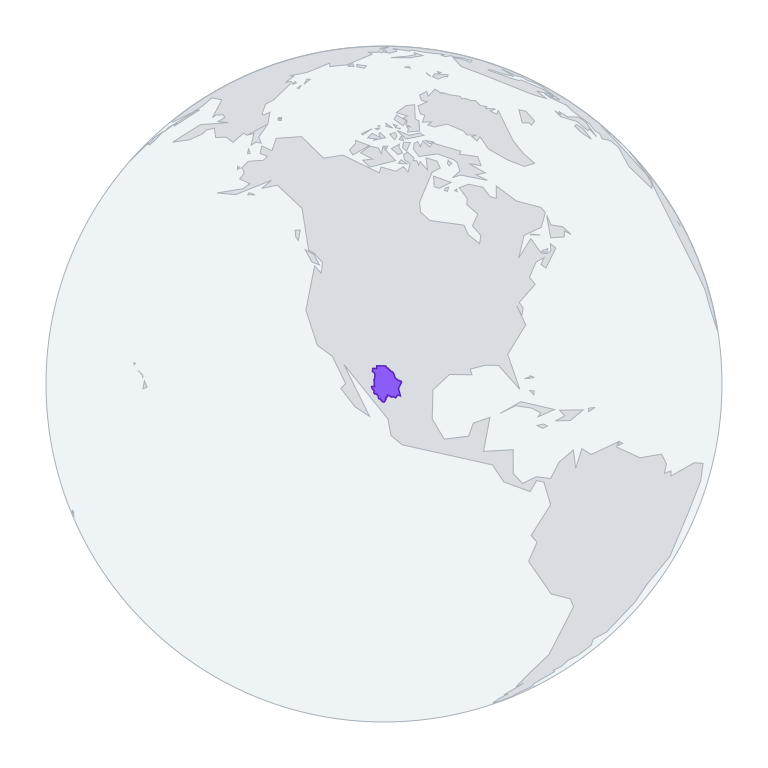 globe centered on Chihuahua
{"feature_id": "MEX-2709", "entity_name": "Chihuahua", "entity_type": "State", "adm_level": 1, "iso_a3": "MEX", "parent_name": "Mexico", "parent_adm1": "", "projection": "orthographic", "projection_center": [-106.749, 28.699], "detail": "fine", "context": "on_globe", "style": "filled", "palette": "violet", "viewbox_px": 768, "rotation_deg": 0, "n_neighbors": 0, "source": "natural_earth", "source_scale": "10m", "svg_char_len": 12729}
<svg xmlns="http://www.w3.org/2000/svg" viewBox="0 0 768 768"><circle cx="384" cy="384" r="338" fill="#eef3f6" stroke="#a8b0b8"/><path d="M73.1,511.0L73.9,513.2L73.8,513.3L73.1,511.0ZM543.9,482.1L536.5,480.6L530.2,491.6L503.8,482.0L492.5,464.9L402.2,444.8L391.0,435.4L387.9,418.9L343.9,364.4L369.5,416.3L354.9,406.7L340.8,388.3L345.7,383.6L332.2,356.1L317.3,345.3L305.9,310.1L314.6,266.0L321.2,273.2L322.6,262.6L314.3,253.4L308.6,250.1L302.1,208.4L277.5,185.2L261.6,188.4L271.5,180.3L235.7,194.6L217.1,193.0L243.2,188.6L249.8,183.7L239.7,178.9L244.3,173.0L242.0,167.6L248.4,161.3L263.1,160.3L267.5,156.4L260.1,153.5L261.8,146.0L272.0,150.7L276.1,138.4L301.5,136.6L323.6,158.2L342.8,155.1L379.2,172.8L381.0,167.0L395.9,171.3L403.5,166.6L408.0,172.1L410.2,163.7L404.5,159.7L403.6,154.9L407.5,152.0L414.1,158.2L413.0,160.5L417.0,160.9L418.6,165.4L420.1,161.6L427.5,170.1L426.1,157.7L437.0,161.2L440.3,168.0L432.1,172.3L419.6,202.1L420.4,211.9L429.8,220.5L464.0,225.2L468.2,234.6L479.6,243.7L480.9,235.6L472.5,225.9L477.8,214.1L466.8,204.5L467.3,198.7L459.2,187.7L468.9,184.2L482.8,187.2L490.0,196.5L496.3,198.4L496.3,186.0L516.3,200.9L541.0,207.5L545.3,212.5L541.3,227.3L524.0,235.3L518.7,258.1L530.8,238.6L541.2,253.0L546.6,253.8L551.0,250.8L550.4,243.7L555.8,248.1L545.9,268.0L540.9,264.3L544.1,257.7L536.0,262.1L529.4,277.3L535.2,284.2L519.2,302.5L523.1,308.1L521.8,315.7L516.6,305.4L525.7,324.8L507.7,354.4L519.8,389.3L498.6,365.5L485.4,365.2L470.2,369.1L472.0,374.8L449.5,374.5L432.9,389.9L432.2,419.0L444.2,439.2L468.6,436.2L473.4,423.1L489.9,417.3L483.5,451.4L513.1,449.7L513.2,473.6L522.6,483.5L536.2,476.8L550.6,478.5L559.0,462.3L573.3,450.0L575.7,468.4L581.9,448.6L591.1,454.5L618.2,441.9L616.7,447.1L639.9,457.8L661.5,454.1L666.5,463.9L664.3,473.5L671.0,470.9L671.0,476.0L694.1,462.8L703.0,463.4L700.7,480.9L689.4,510.0L669.9,556.4L647.0,584.3L635.0,602.0L606.5,632.1L593.5,638.9L590.9,645.5L578.4,654.9L568.2,660.1L561.1,666.6L553.3,670.2L554.7,671.5L534.4,683.3L531.3,686.8L514.5,694.8L512.8,696.1L509.2,697.5L503.5,699.7L500.5,701.0L493.0,702.8L499.4,698.3L508.4,693.9L503.8,694.9L523.7,683.1L516.0,686.8L531.3,671.3L548.9,654.7L573.5,606.8L570.3,598.9L551.1,593.9L528.6,561.3L537.1,542.2L531.1,535.5L550.6,504.8L543.9,482.1ZM143.0,388.7L144.4,381.0L147.1,387.2L143.0,388.7ZM142.8,375.4L142.8,378.2L142.4,375.6L142.8,375.4ZM140.9,372.9L142.3,374.7L140.5,373.4L140.9,372.9ZM138.0,370.6L139.7,371.6L139.4,371.8L138.0,370.6ZM520.9,401.7L554.6,409.5L538.1,416.8L540.7,412.8L531.6,408.1L515.6,405.7L500.3,413.3L520.9,401.7ZM134.5,364.7L133.7,363.0L135.4,363.1L134.5,364.7ZM530.2,378.4L524.5,378.6L529.7,376.9L530.2,378.4ZM305.3,249.8L313.7,254.0L319.4,264.9L311.9,262.0L305.3,249.8ZM295.1,230.3L300.3,230.0L298.3,240.4L295.9,237.3L295.1,230.3ZM249.1,192.6L255.1,194.8L247.7,194.8L249.1,192.6ZM240.6,168.1L237.4,169.5L237.6,166.2L240.6,168.1ZM454.5,190.5L456.8,189.1L457.1,191.8L454.5,190.5ZM448.7,187.2L447.4,191.3L444.4,190.4L445.3,187.9L448.7,187.2ZM247.5,153.7L248.7,148.4L250.0,153.5L247.5,153.7ZM451.1,182.4L439.4,188.3L434.3,186.8L433.5,176.1L451.1,182.4ZM251.1,145.2L253.9,133.4L247.1,135.2L267.8,124.1L258.6,137.3L261.3,143.1L255.9,142.1L251.1,145.2ZM401.0,159.7L407.2,163.9L398.4,163.2L401.0,159.7ZM395.6,160.6L369.9,167.1L362.7,160.2L372.8,159.1L360.6,152.9L369.8,146.2L378.5,148.1L381.3,153.7L382.7,147.0L395.6,160.6ZM278.8,120.4L281.7,117.7L281.5,120.4L278.8,120.4ZM402.5,152.9L398.0,154.6L391.4,148.6L399.4,144.2L398.9,147.5L402.5,152.9ZM352.9,154.9L349.5,150.0L355.9,143.1L355.5,140.4L369.4,145.5L352.9,154.9ZM402.4,147.4L403.6,142.2L410.3,142.6L406.5,151.0L402.4,147.4ZM386.4,149.0L383.7,146.1L387.8,146.2L386.4,149.0ZM434.6,142.1L429.3,143.6L425.5,140.5L434.6,142.1ZM403.6,140.3L401.3,140.2L399.2,139.4L401.3,136.2L403.6,140.3ZM373.0,140.5L376.4,138.9L367.6,138.0L372.1,133.3L380.6,137.7L378.8,133.9L380.2,132.5L385.5,137.7L373.0,140.5ZM397.0,130.5L409.3,135.3L420.1,132.9L423.8,135.4L405.9,139.0L397.0,130.5ZM389.8,134.2L395.1,132.4L397.1,136.2L394.6,139.8L389.8,134.2ZM372.1,128.7L363.0,134.8L361.5,133.7L372.1,128.7ZM399.8,128.9L396.7,127.9L400.3,128.3L399.8,128.9ZM380.2,127.8L377.2,129.9L375.5,128.6L380.2,127.8ZM393.2,124.2L397.2,125.6L395.7,127.9L393.2,124.2ZM386.9,125.2L385.4,122.9L392.7,127.9L385.9,126.3L386.9,125.2ZM379.1,126.2L377.1,126.1L380.6,125.5L379.1,126.2ZM396.7,114.9L406.3,120.8L403.0,125.7L394.1,119.3L396.7,114.9ZM501.8,700.7L492.4,703.3L499.5,701.4L510.6,697.1L513.0,696.3L501.8,700.7ZM533.4,687.1L533.0,687.3L535.0,686.3L533.4,687.1ZM717.8,331.4L710.8,311.0L705.2,290.2L697.6,274.1L653.3,186.1L651.3,179.9L629.4,151.6L646.1,170.8L661.4,191.1L675.1,212.5L687.2,234.8L697.6,258.1L706.2,282.0L712.9,306.5L717.8,331.4ZM588.3,114.8L588.5,115.3L595.6,120.7L602.8,126.5L601.8,126.5L616.2,141.3L646.3,174.2L652.2,184.1L651.8,188.4L629.0,166.6L618.3,147.1L610.1,140.5L602.1,138.8L599.5,133.5L595.0,130.9L589.9,124.2L572.9,111.3L566.2,105.1L549.9,97.5L544.3,93.6L555.6,98.9L559.8,99.9L542.2,86.9L536.0,83.6L526.8,80.1L523.1,77.5L516.4,75.9L501.6,69.0L514.1,76.5L503.6,74.1L489.4,69.3L488.2,70.2L511.4,78.3L518.6,80.5L521.1,80.0L542.7,89.2L550.9,94.4L536.8,91.1L546.8,98.8L531.5,94.1L478.4,72.9L461.2,66.5L453.0,57.6L462.6,59.1L470.3,62.6L472.0,60.2L467.6,59.9L464.6,58.3L453.8,56.8L451.1,55.7L445.4,56.6L440.8,55.1L444.6,54.5L424.8,52.4L412.8,50.2L409.6,50.4L409.6,51.2L394.4,48.7L392.7,49.0L397.1,49.8L396.5,51.3L389.7,53.2L384.8,52.2L386.6,51.3L383.1,48.7L388.7,47.4L386.0,47.3L380.0,48.3L384.3,51.4L381.5,52.9L378.1,51.1L379.1,51.9L376.2,52.4L368.8,52.2L372.0,54.3L346.8,64.8L329.9,66.6L329.7,63.1L306.9,72.5L289.7,75.8L293.7,76.3L285.5,82.5L290.8,81.4L292.1,82.2L273.5,100.0L265.4,104.2L262.0,114.3L264.0,114.9L269.9,112.2L267.8,124.1L247.1,135.2L243.5,133.2L233.0,142.3L226.2,137.1L215.7,137.6L214.4,128.1L206.2,130.1L203.0,133.6L189.5,139.8L172.7,142.1L200.3,124.7L228.3,122.6L218.1,121.6L224.6,117.6L223.5,114.8L215.9,115.1L212.5,117.7L221.8,99.8L211.9,97.8L202.5,106.0L192.0,112.7L172.5,122.2L172.0,120.9L190.8,106.7L210.7,93.9L231.4,82.5L252.8,72.6L274.8,64.2L297.4,57.4L320.5,52.1L343.8,48.5L367.3,46.5L390.9,46.2L414.5,47.5L437.9,50.4L461.1,55.0L483.8,61.2L506.1,68.9L527.8,78.2L548.8,89.0L569.0,101.2L588.3,114.8ZM677.1,221.1L680.3,226.2L677.1,221.1ZM619.0,441.3L622.6,443.3L618.4,445.4L619.0,441.3ZM537.1,425.4L543.6,424.0L547.5,426.0L542.7,428.4L537.1,425.4ZM588.5,408.3L595.2,407.3L588.8,411.7L588.5,408.3ZM559.6,410.2L583.1,409.9L570.4,420.5L555.4,420.9L564.9,415.9L559.6,410.2ZM529.9,390.6L534.2,390.9L533.9,394.8L529.9,390.6ZM533.9,377.3L532.5,378.1L529.7,375.7L533.9,377.3ZM541.8,251.8L542.7,250.3L547.9,248.6L546.8,252.2L541.8,251.8ZM562.7,226.7L570.9,234.4L564.3,231.0L564.4,236.9L550.6,237.8L546.7,215.2L550.9,224.9L562.7,226.7ZM531.1,234.0L540.3,235.1L530.4,234.8L531.1,234.0ZM574.7,126.0L576.3,124.4L583.1,128.7L591.4,139.2L581.7,132.8L574.7,126.0ZM577.0,121.5L560.7,116.7L554.8,110.8L560.9,114.8L558.7,111.4L567.8,116.9L578.1,117.0L584.8,121.0L596.5,136.6L589.0,128.9L587.9,130.6L577.0,121.5ZM529.4,122.8L522.3,122.9L518.9,109.7L525.9,111.3L534.7,121.2L531.5,125.1L529.4,122.8ZM451.8,163.3L449.3,165.8L447.5,163.8L448.1,160.2L451.8,163.3ZM432.5,143.0L460.8,151.2L459.4,154.2L477.7,156.6L481.1,165.7L469.1,163.6L485.4,172.9L476.0,174.8L487.4,180.4L460.4,175.0L452.5,177.7L460.0,171.0L457.2,162.5L453.5,159.6L437.5,153.9L419.1,156.5L413.4,149.2L414.1,143.4L417.7,141.6L420.3,146.7L423.1,140.8L429.6,146.9L432.5,143.0ZM426.7,91.4L428.3,96.1L435.0,89.1L441.6,93.5L441.9,92.5L449.8,94.9L460.1,96.3L461.9,98.9L465.1,98.4L470.4,100.3L475.4,100.7L480.4,105.6L486.9,106.6L485.6,108.5L495.5,109.0L490.3,110.9L496.7,114.2L498.3,110.6L513.1,140.8L523.3,153.4L534.6,163.3L524.3,166.4L507.1,159.7L488.3,148.8L480.0,136.8L476.9,140.9L471.9,136.6L476.5,135.2L466.6,134.9L463.7,131.1L447.0,124.1L434.4,127.0L427.9,124.9L431.5,121.9L422.6,122.1L424.8,115.2L420.3,113.7L418.0,105.9L427.4,101.7L421.5,100.5L419.5,95.1L426.7,91.4ZM396.5,112.6L406.2,105.5L414.6,104.8L415.2,118.8L419.0,121.1L419.6,131.0L407.5,132.1L408.4,129.0L406.5,126.4L411.0,127.1L405.9,124.6L407.1,120.6L403.4,117.7L407.6,116.1L396.5,112.6ZM615.5,138.1L612.6,135.3L618.6,140.8L621.1,143.3L615.5,138.1ZM605.8,129.5L611.9,134.7L610.1,133.4L605.8,129.5ZM552.3,96.6L548.6,93.9L550.2,94.4L554.6,96.7L552.3,96.6ZM448.0,74.8L447.6,76.8L445.3,76.4L438.0,79.1L432.5,76.5L434.8,73.8L448.0,74.8ZM440.9,72.4L438.5,73.7L437.3,71.6L440.9,72.4ZM428.2,74.8L425.9,72.5L431.0,76.5L428.2,74.8ZM391.1,57.6L407.3,56.2L415.3,54.7L414.2,52.6L422.7,55.6L410.3,57.8L391.1,57.6ZM352.8,63.7L353.9,66.4L348.8,66.4L347.9,65.8L352.8,63.7ZM356.7,64.5L366.5,65.9L364.2,68.3L356.8,66.6L356.7,64.5ZM404.2,67.1L409.4,66.7L410.3,68.2L404.2,67.1ZM71.7,511.1L74.3,517.0L72.6,514.0L71.7,511.1ZM73.8,513.3L71.8,510.0L73.1,511.0L73.8,513.3ZM142.2,147.9L141.1,149.1L148.3,142.4L148.7,142.7L140.1,150.9L130.3,160.8L142.2,147.9ZM151.8,139.3L163.5,131.2L154.2,141.0L149.6,144.9L148.1,144.3L153.1,139.1L151.8,139.3ZM163.6,132.3L168.6,127.5L196.2,110.7L199.7,109.8L173.8,126.4L177.1,122.9L171.9,125.7L163.6,132.3ZM278.5,117.6L281.4,117.7L277.8,119.4L278.5,117.6ZM295.2,81.6L296.4,83.0L292.1,84.5L295.2,81.6ZM297.3,88.0L301.4,85.2L299.1,88.5L297.3,88.0ZM310.1,79.4L303.9,84.3L306.9,79.1L310.1,79.4Z" fill="#d9dde1" stroke="#a8b0b8" stroke-width="1"/><path d="M376.7,365.8L385.2,365.9L385.3,366.0L385.6,366.0L385.8,366.0L386.0,366.2L386.1,366.4L386.2,366.6L386.3,367.0L386.6,367.4L386.6,367.5L386.9,367.7L386.9,367.8L387.1,367.8L387.3,367.9L387.4,368.0L387.5,368.0L388.0,368.2L388.0,368.3L388.1,368.5L388.3,368.6L388.5,368.7L388.9,369.2L388.9,369.3L389.3,369.6L389.5,369.7L389.6,369.8L389.8,369.9L389.9,370.0L390.0,370.3L390.2,370.5L390.3,370.7L390.7,371.0L391.0,371.2L391.0,371.3L391.5,371.5L391.8,371.5L392.0,371.7L392.0,371.8L392.4,372.1L392.5,372.1L392.8,372.3L392.9,372.5L393.0,372.6L393.4,372.9L393.5,373.0L393.6,373.3L393.6,373.5L393.6,373.8L393.8,374.0L394.0,374.3L394.1,374.6L394.3,374.8L394.5,375.0L394.5,375.4L394.5,375.6L394.5,375.8L394.5,376.1L394.6,376.4L394.6,376.5L394.7,376.8L394.8,376.9L394.9,377.2L395.0,377.3L395.2,377.5L395.3,377.9L395.3,378.0L395.4,378.3L395.7,378.4L395.8,378.5L396.3,378.9L396.4,379.0L396.5,379.0L396.8,379.1L397.0,379.2L397.1,379.4L397.3,379.6L397.6,379.8L397.8,380.1L398.0,380.2L398.5,380.3L398.8,380.4L399.2,380.4L399.3,380.5L399.7,380.9L399.8,381.0L400.3,381.1L400.5,381.1L400.6,381.3L400.8,381.5L401.1,381.6L401.3,381.8L401.5,381.8L401.5,381.7L401.6,381.8L401.3,382.7L400.9,383.5L400.5,384.3L400.1,385.2L399.5,386.4L399.1,387.3L398.9,387.7L398.5,388.4L398.9,390.1L399.8,393.5L400.1,394.6L400.4,395.9L398.8,395.3L398.6,395.2L398.4,395.2L397.9,395.2L397.7,395.2L397.5,395.3L397.2,395.5L397.1,395.8L396.7,396.3L395.8,397.6L395.6,397.8L395.4,397.7L395.2,397.6L395.0,397.4L394.7,397.2L394.4,397.1L394.1,397.0L393.5,396.9L393.4,396.9L393.2,397.0L392.8,396.8L392.7,396.7L392.0,396.9L391.8,397.1L391.6,397.1L390.3,396.5L390.2,396.4L389.9,396.1L389.7,395.8L389.4,395.8L389.2,395.8L388.7,395.7L388.1,395.2L387.8,395.0L387.7,395.1L387.5,395.5L387.4,395.5L387.3,395.4L387.2,395.4L387.1,395.5L387.1,395.9L387.1,396.0L387.1,396.3L386.9,396.4L386.8,396.5L386.8,396.8L386.9,397.1L386.9,397.3L385.8,397.7L385.7,397.8L385.7,398.1L385.9,398.5L386.0,398.9L386.0,399.1L385.9,399.4L385.9,399.5L385.7,399.7L385.4,399.7L385.3,399.8L385.2,400.0L385.2,400.4L385.1,401.0L384.4,401.8L384.3,402.0L384.2,402.1L383.9,402.1L383.6,402.1L383.0,402.0L382.9,401.9L382.7,401.8L382.5,401.7L382.4,401.6L382.2,401.4L382.1,401.2L381.9,401.0L381.7,400.9L381.4,400.8L381.3,400.7L381.3,400.4L381.2,400.3L381.2,400.2L380.9,399.9L380.9,399.6L380.9,399.4L380.6,399.2L379.0,398.8L378.7,398.7L378.5,398.4L378.4,397.4L378.3,397.1L378.3,396.7L378.3,396.4L378.2,396.1L377.9,395.7L377.7,395.4L377.4,395.1L377.3,394.9L377.3,394.6L377.2,394.4L376.9,394.3L376.6,394.3L376.4,394.1L376.2,393.9L376.1,393.7L375.9,393.6L375.7,393.7L375.4,393.7L375.2,393.8L375.1,394.0L374.9,394.0L374.9,393.8L374.7,393.8L374.4,393.7L374.2,393.3L374.0,393.0L373.9,392.9L373.8,392.7L374.0,392.3L374.0,392.2L374.1,391.9L374.0,391.7L374.0,391.3L374.0,391.2L374.0,390.9L373.9,390.7L373.7,390.6L373.5,390.4L373.4,390.3L373.4,390.2L373.5,390.0L372.9,389.5L372.9,389.3L372.8,389.1L372.3,388.7L372.2,388.6L371.5,387.0L371.5,386.8L371.6,386.7L371.8,386.5L371.9,386.4L372.0,386.4L372.4,386.3L372.7,386.3L372.9,386.3L373.2,386.4L373.9,386.6L374.1,386.6L374.3,386.6L374.7,386.2L374.7,385.9L374.4,385.2L374.2,384.5L374.2,384.3L374.2,384.1L374.4,383.7L374.3,383.4L374.3,383.2L374.1,380.9L373.9,379.8L374.3,379.8L374.4,379.7L374.7,377.1L374.7,376.6L374.8,376.4L374.9,376.1L374.8,374.4L374.8,374.1L374.7,373.4L374.7,373.2L374.4,372.9L374.1,372.7L373.9,372.6L373.7,372.5L372.5,371.5L372.4,371.4L372.4,371.1L372.6,369.9L372.8,368.4L376.6,368.5L376.7,365.8Z" fill="#8b5cf6" stroke="#5b21b6" stroke-width="1.5"/></svg>